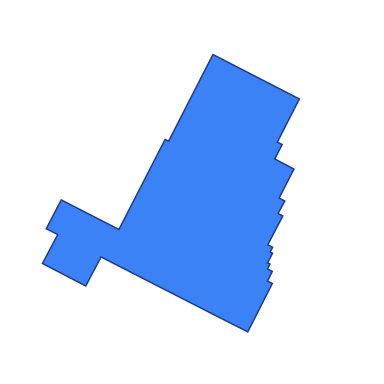 Golden Valley, Montana, United States of America (Albers equal-area conic projection), rotated 27°
{"feature_id": "52423323B93637300431775", "entity_name": "Golden Valley", "entity_type": "district", "adm_level": 2, "iso_a3": "USA", "parent_name": "United States of America", "parent_adm1": "Montana", "projection": "albers", "projection_center": [-109.079, 46.398], "detail": "fine", "context": "isolated", "style": "filled", "palette": "blue", "viewbox_px": 384, "rotation_deg": 27, "n_neighbors": 0, "source": "geoboundaries", "source_scale": "gbopen_adm2", "svg_char_len": 559}
<svg xmlns="http://www.w3.org/2000/svg" viewBox="0 0 384 384"><g transform="rotate(27 192 192)"><path d="M267.6,291.4L305.2,291.3L305.1,237.1L299.7,237.1L299.6,226.3L294.2,226.3L294.2,220.8L291.5,220.9L291.6,210.0L288.9,210.0L288.9,204.6L283.5,204.6L283.8,172.1L278.4,172.1L278.8,157.9L272.4,157.8L272.4,125.3L250.8,125.0L250.8,108.8L245.4,108.8L245.4,60.4L148.3,60.0L148.2,81.6L148.1,157.4L144.2,157.4L143.9,258.6L79.1,258.4L78.8,290.9L91.7,290.9L91.2,323.6L140.0,324.0L140.4,291.2L267.6,291.4Z" fill="#3b82f6" stroke="#1e3a8a" stroke-width="1.5"/></g></svg>